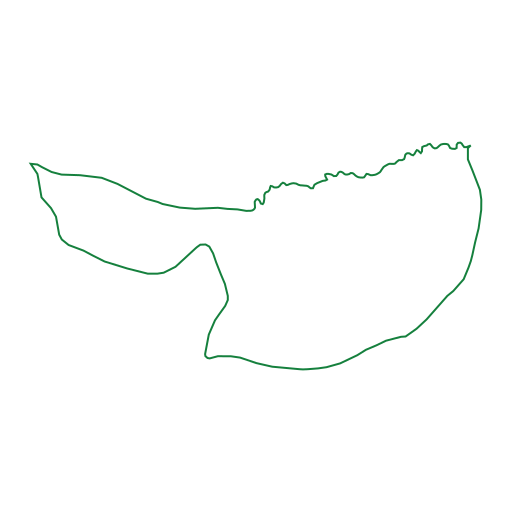 San Bartolomé Jocotenango, Quiché, Guatemala
{"feature_id": "79465075B4206970956801", "entity_name": "San Bartolomé Jocotenango", "entity_type": "district", "adm_level": 2, "iso_a3": "GTM", "parent_name": "Guatemala", "parent_adm1": "Quiché", "projection": "orthographic", "projection_center": [-91.028, 15.183], "detail": "fine", "context": "isolated", "style": "outline", "palette": "green", "viewbox_px": 512, "rotation_deg": 0, "n_neighbors": 0, "source": "geoboundaries", "source_scale": "gbopen_adm2", "svg_char_len": 3026}
<svg xmlns="http://www.w3.org/2000/svg" viewBox="0 0 512 512"><path d="M30.7,163.8L37.4,173.9L38.0,176.9L41.5,197.4L51.0,208.1L56.0,216.7L59.2,234.7L61.8,239.5L68.6,245.0L83.5,250.6L93.1,255.7L104.6,261.5L127.3,268.5L147.9,273.7L157.2,273.7L163.7,272.7L175.5,266.8L195.8,248.1L197.1,247.0L200.3,244.7L205.6,244.5L209.3,246.6L211.2,250.0L213.1,253.4L216.1,262.2L220.9,274.4L224.9,283.9L227.8,295.9L227.8,300.0L225.2,305.9L219.1,314.4L215.0,320.3L208.8,334.6L205.1,354.1L205.4,356.1L207.5,358.0L209.7,358.4L217.9,356.2L231.1,356.3L240.1,357.6L256.4,363.1L272.2,366.7L299.5,369.2L302.9,369.4L307.7,369.2L318.0,368.4L326.5,367.2L340.1,363.4L357.3,355.2L365.9,349.8L376.5,345.3L386.0,340.7L401.0,336.8L405.6,336.5L416.6,328.7L426.6,319.4L447.4,295.8L453.3,291.0L463.7,279.2L468.5,267.6L470.8,261.1L472.3,255.3L475.1,242.4L478.6,228.4L481.2,210.0L481.3,199.6L479.9,189.8L472.5,170.6L467.9,159.4L467.9,148.1L470.7,145.5L466.4,147.1L464.2,147.1L462.5,144.9L461.8,143.7L460.4,142.6L458.0,142.9L456.7,144.6L456.6,148.0L454.9,148.9L452.0,148.7L450.1,148.0L448.9,145.6L447.9,144.4L446.4,144.0L444.4,143.9L443.1,144.0L441.0,144.5L439.5,145.6L437.9,147.1L436.6,148.1L434.8,148.4L433.5,147.8L432.5,147.0L431.2,145.2L429.9,143.9L427.9,144.4L426.7,145.5L424.1,146.1L422.3,147.0L422.1,148.5L422.0,151.3L420.8,153.1L419.5,152.0L418.3,150.7L416.9,150.1L415.9,151.4L414.6,153.8L413.1,155.3L411.3,154.7L409.5,153.4L407.9,153.2L406.6,153.5L405.4,154.6L405.0,156.0L404.7,157.5L404.1,159.1L402.1,160.1L400.4,160.1L398.9,160.1L396.3,162.2L395.3,163.4L393.9,163.9L392.4,163.9L390.6,163.8L389.4,163.8L387.9,164.4L385.8,165.6L384.6,166.3L383.5,167.1L381.5,169.9L380.7,171.2L379.9,172.2L378.4,173.2L376.4,174.3L374.9,174.8L372.3,175.2L370.6,175.2L368.1,174.1L366.5,173.9L365.2,175.8L364.1,177.3L362.5,177.6L360.4,177.5L358.4,177.2L356.9,176.5L355.3,175.4L354.1,174.2L352.7,173.2L350.8,173.0L349.1,174.1L347.3,174.5L345.7,174.5L344.5,174.1L343.1,172.8L341.5,171.9L340.1,171.7L338.5,172.6L337.5,174.5L336.2,176.0L333.8,176.1L332.7,175.3L331.4,174.5L328.5,173.9L326.7,173.9L325.2,174.5L325.3,176.2L326.2,177.9L327.1,179.6L325.5,180.5L323.9,180.7L322.6,180.9L317.2,183.1L314.5,184.7L313.7,186.4L313.0,188.2L310.9,188.3L309.6,187.5L308.4,186.4L306.7,185.8L304.2,185.6L302.1,185.4L300.4,185.3L298.5,184.8L297.4,184.2L296.2,183.6L293.6,183.2L291.9,183.4L289.7,184.0L287.8,184.9L286.3,185.1L284.6,183.4L282.9,182.7L281.1,184.0L279.7,185.9L278.2,187.1L276.2,187.5L274.1,187.4L272.3,186.3L270.7,186.0L270.1,187.4L269.8,189.0L269.3,190.2L267.9,191.7L266.6,192.0L265.3,192.8L264.3,194.9L264.3,196.5L264.4,198.4L264.1,200.4L263.7,202.6L262.7,204.1L260.8,203.5L260.3,202.2L259.4,200.5L257.7,199.1L256.4,199.4L255.5,200.4L254.7,201.9L254.9,205.3L255.0,207.6L254.5,208.7L253.4,209.8L252.1,210.5L250.3,210.8L248.4,210.8L246.4,210.9L237.5,209.4L227.5,208.9L217.9,207.8L195.2,208.8L179.8,207.6L162.6,204.0L157.8,202.0L146.0,198.7L117.5,183.9L101.7,177.8L80.0,175.2L61.6,174.6L51.6,172.0L42.1,167.2L37.4,164.5L30.7,163.8Z" fill="none" stroke="#15803d" stroke-width="2"/></svg>